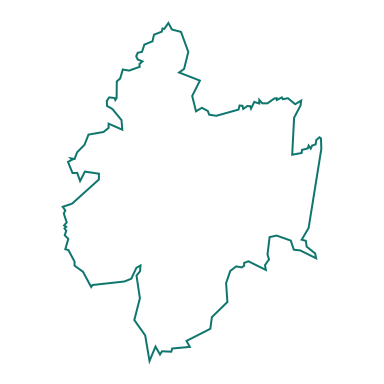 the district of Leonardo Bravo, Guerrero, Mexico
{"feature_id": "50627088B42339229292955", "entity_name": "Leonardo Bravo", "entity_type": "district", "adm_level": 2, "iso_a3": "MEX", "parent_name": "Mexico", "parent_adm1": "Guerrero", "projection": "equal_earth", "projection_center": [-99.796, 17.634], "detail": "medium", "context": "isolated", "style": "outline", "palette": "teal", "viewbox_px": 384, "rotation_deg": 0, "n_neighbors": 0, "source": "geoboundaries", "source_scale": "gbopen_adm2", "svg_char_len": 1862}
<svg xmlns="http://www.w3.org/2000/svg" viewBox="0 0 384 384"><path d="M308.6,228.0L321.3,149.0L321.0,138.5L319.5,137.3L316.3,140.0L315.6,144.4L312.1,145.6L310.7,148.6L308.6,145.6L307.8,148.4L302.0,149.9L301.6,153.0L292.2,154.7L294.1,117.7L300.5,105.6L301.2,100.6L295.2,104.2L287.9,98.2L282.8,99.2L281.8,97.4L276.8,100.0L276.6,98.2L274.3,98.5L267.5,103.3L262.3,103.3L259.3,99.9L259.2,103.5L254.3,101.9L251.0,108.6L250.2,106.2L247.4,106.0L243.2,108.9L242.5,105.8L239.6,105.5L238.5,109.6L216.3,115.8L209.2,114.7L207.8,111.0L201.9,107.8L196.0,111.3L192.2,96.0L199.9,80.6L179.1,72.5L184.1,68.9L188.3,51.9L181.0,31.9L171.9,29.5L168.4,23.0L164.2,29.0L162.5,28.5L161.7,31.7L154.0,34.7L152.5,41.3L144.4,44.6L142.0,51.8L137.7,52.8L136.2,56.2L137.7,59.5L142.5,61.4L139.4,64.0L139.7,66.8L129.1,70.6L122.8,69.5L120.2,78.4L116.8,81.5L116.6,98.0L115.3,100.0L114.5,98.0L109.2,97.4L106.8,100.9L107.0,105.9L112.4,109.0L121.5,120.1L122.3,129.7L108.6,123.7L108.6,127.9L103.5,132.0L88.5,134.6L84.5,144.8L77.1,152.3L74.6,159.0L70.9,158.4L72.2,159.7L68.0,161.9L72.5,173.0L77.2,172.9L80.1,181.0L84.9,171.6L98.9,173.7L98.9,179.5L72.0,203.7L62.7,206.8L65.3,210.4L63.8,213.5L66.7,222.4L64.1,225.4L66.2,226.8L64.5,228.4L66.3,230.8L64.7,235.2L68.3,238.9L65.3,249.2L68.4,250.1L74.6,261.7L74.5,265.6L83.0,271.8L91.2,287.0L92.5,285.0L124.4,281.5L131.3,278.7L136.4,267.8L140.5,265.5L140.1,271.2L136.5,275.6L139.9,298.3L134.3,320.0L145.2,335.4L149.5,361.0L155.5,346.6L160.0,354.5L162.0,351.3L171.3,351.7L172.2,348.5L189.8,346.9L186.5,340.9L210.3,328.8L211.9,317.1L227.4,302.0L226.1,283.1L230.3,270.9L236.2,266.4L241.6,267.4L244.1,265.9L244.2,262.9L248.4,261.3L265.8,269.9L265.0,265.1L269.0,259.5L267.5,254.4L269.6,237.1L276.7,235.6L290.8,240.6L293.8,249.7L300.2,250.4L316.1,258.3L315.1,253.4L306.7,246.7L305.8,240.8L301.7,239.7L308.6,228.0Z" fill="none" stroke="#0f766e" stroke-width="2"/></svg>